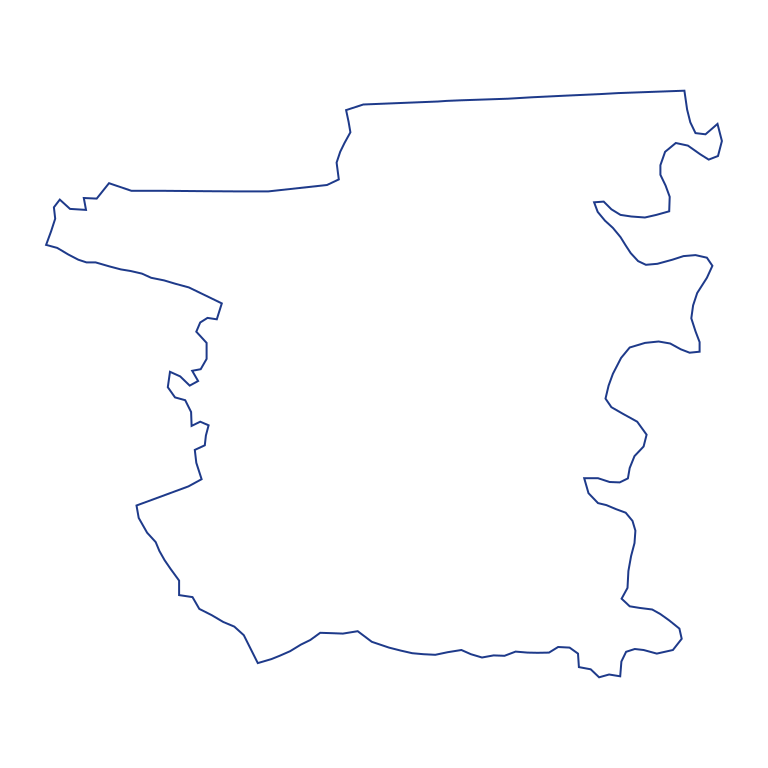 Descanso, Santa Catarina, Brazil (Mercator projection)
{"feature_id": "56859067B97480516483925", "entity_name": "Descanso", "entity_type": "district", "adm_level": 2, "iso_a3": "BRA", "parent_name": "Brazil", "parent_adm1": "Santa Catarina", "projection": "mercator", "projection_center": [-53.473, -26.861], "detail": "fine", "context": "isolated", "style": "outline", "palette": "blue", "viewbox_px": 768, "rotation_deg": 0, "n_neighbors": 0, "source": "geoboundaries", "source_scale": "gbopen_adm2", "svg_char_len": 2697}
<svg xmlns="http://www.w3.org/2000/svg" viewBox="0 0 768 768"><path d="M46.1,244.9L57.2,247.9L68.3,254.5L78.3,259.7L86.5,262.4L95.6,262.4L109.4,266.4L120.8,269.4L130.6,271.0L141.9,273.6L151.2,277.8L164.1,280.4L175.5,283.8L188.8,287.4L221.8,303.4L216.8,319.3L207.5,317.9L200.2,322.5L196.3,331.7L206.6,342.9L206.6,358.9L200.7,369.2L192.2,370.8L198.1,381.0L189.7,385.6L180.2,376.4L170.0,371.8L167.8,387.2L175.0,397.4L185.2,400.2L191.1,412.0L191.6,425.9L200.2,421.7L208.6,425.3L205.9,435.5L204.8,445.3L194.8,449.9L196.3,462.8L201.6,479.2L188.4,486.4L136.5,505.5L138.7,517.9L147.1,532.7L155.7,542.1L159.4,551.0L164.6,560.2L170.5,568.8L179.1,580.6L179.1,595.1L192.5,597.1L199.3,608.9L211.6,615.1L223.3,622.0L234.3,626.6L243.8,635.2L257.8,663.1L271.4,659.1L279.6,655.8L290.1,651.2L300.9,644.6L310.3,640.0L320.2,632.8L332.5,633.2L342.9,633.6L357.7,631.2L371.8,641.8L389.0,647.6L400.8,650.6L412.2,653.2L423.3,654.2L435.3,654.8L447.7,652.2L461.4,650.0L470.9,654.2L482.0,657.5L493.6,655.4L504.5,655.8L515.6,651.6L527.6,652.6L537.6,652.8L549.0,652.6L558.1,647.0L569.6,647.6L578.0,653.6L578.9,667.1L590.7,669.3L599.1,677.3L609.1,674.5L620.2,676.3L621.4,661.5L626.1,651.8L634.8,649.0L643.6,650.0L656.8,653.6L672.9,650.0L681.7,638.8L679.4,628.6L669.2,620.4L660.4,614.1L652.2,609.5L639.5,607.9L629.7,606.3L621.6,598.7L627.5,587.9L628.4,571.0L631.1,556.0L634.5,543.1L635.4,530.7L632.5,520.9L625.7,512.7L615.9,509.1L606.4,505.1L598.0,503.1L588.5,493.2L584.2,478.2L598.0,478.2L609.6,482.0L619.7,482.4L627.9,478.4L629.7,468.0L634.5,456.1L643.6,446.5L646.6,434.7L637.2,421.7L622.9,413.8L611.4,407.2L605.5,398.6L608.6,385.6L612.9,373.8L621.1,357.9L629.7,347.5L645.0,342.9L658.6,341.5L670.2,343.5L680.8,349.3L689.6,352.7L699.6,351.7L699.6,342.1L695.5,331.3L691.3,318.3L693.1,305.4L697.2,293.0L706.9,277.8L712.4,265.8L706.9,257.7L695.5,255.1L683.5,256.1L672.4,259.7L657.4,263.8L645.9,264.8L638.1,261.1L630.7,253.1L625.6,245.3L620.5,237.1L612.9,227.9L605.0,220.7L597.7,211.9L594.1,202.3L603.7,201.6L611.4,209.3L620.5,214.9L631.3,216.5L644.9,217.5L656.3,214.9L669.2,211.3L669.7,196.8L665.6,185.6L660.4,174.8L660.4,165.2L665.1,151.8L675.8,143.0L687.9,145.6L700.1,154.2L708.7,159.6L718.0,156.0L721.9,141.0L717.5,123.9L705.5,134.3L695.5,133.1L690.3,122.3L687.1,109.5L684.4,90.7L617.9,93.1L600.0,94.1L564.6,95.7L531.5,97.3L508.1,98.7L490.4,99.3L460.9,100.3L446.6,100.9L438.0,101.5L363.3,104.5L346.1,110.1L348.6,121.9L350.4,132.3L344.5,143.0L340.2,151.8L336.6,162.6L338.8,179.4L327.0,185.0L268.3,191.4L237.9,191.4L206.6,191.2L162.7,190.8L140.3,190.8L131.4,190.8L109.0,183.2L96.7,198.6L83.8,198.0L86.0,209.9L70.0,208.9L59.8,199.6L53.9,207.3L55.2,218.7L51.1,231.3L46.1,244.9Z" fill="none" stroke="#1e3a8a" stroke-width="2"/></svg>